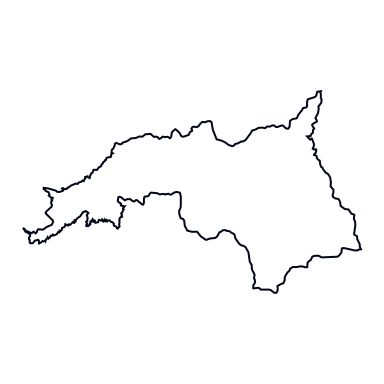 the district of Tadó, Chocó, Colombia
{"feature_id": "7082276B86904559809659", "entity_name": "Tadó", "entity_type": "district", "adm_level": 2, "iso_a3": "COL", "parent_name": "Colombia", "parent_adm1": "Chocó", "projection": "albers", "projection_center": [-76.438, 5.267], "detail": "fine", "context": "isolated", "style": "outline", "palette": "ink", "viewbox_px": 384, "rotation_deg": 0, "n_neighbors": 0, "source": "geoboundaries", "source_scale": "gbopen_adm2", "svg_char_len": 5962}
<svg xmlns="http://www.w3.org/2000/svg" viewBox="0 0 384 384"><path d="M320.9,91.2L317.2,91.8L316.3,95.5L315.0,97.0L307.8,99.3L307.1,101.6L307.0,106.0L306.6,107.1L306.2,107.5L303.1,108.0L301.8,110.4L298.5,114.5L296.7,118.3L292.3,119.2L290.1,120.8L289.5,126.9L288.0,128.8L285.8,128.3L283.2,125.7L281.9,125.4L277.4,127.0L276.0,127.0L274.2,125.5L272.4,125.4L269.6,126.7L267.3,126.4L265.1,128.2L262.3,127.6L258.3,127.9L256.1,129.3L252.0,130.6L250.9,132.9L245.6,140.0L242.7,141.6L241.4,141.4L238.0,143.3L235.2,144.0L233.8,145.6L232.4,146.2L228.9,145.1L225.0,142.3L221.5,140.6L216.6,139.3L212.9,129.9L211.5,122.1L210.1,121.1L207.3,121.3L205.1,122.3L202.5,121.9L201.3,122.6L198.5,126.1L197.1,127.1L193.4,126.7L192.4,127.1L191.4,128.7L192.0,129.8L191.9,131.1L190.2,131.8L188.6,134.9L183.9,136.6L182.6,136.7L181.0,135.8L179.5,132.7L175.5,129.2L173.7,130.4L171.9,132.3L171.2,136.5L170.6,137.8L169.9,138.2L167.7,136.8L164.7,137.1L163.1,136.7L162.5,136.7L160.8,138.3L159.2,138.9L157.4,137.0L155.8,136.6L154.0,136.9L150.7,134.0L149.3,133.9L145.2,134.4L142.4,136.7L139.2,136.5L135.9,138.0L131.0,138.4L127.9,140.7L125.1,142.0L123.6,142.2L122.4,142.9L122.1,143.7L120.1,144.4L116.1,142.9L114.8,143.9L114.8,145.3L113.8,147.4L113.1,148.8L111.9,149.7L111.5,152.5L112.9,153.3L111.0,154.5L111.2,156.4L110.6,157.1L109.0,157.1L106.5,157.9L106.0,159.8L105.3,159.9L104.7,161.3L103.5,161.8L102.5,163.9L101.6,164.3L101.1,166.2L98.8,167.4L97.0,169.9L93.5,169.8L92.6,172.6L91.4,173.2L90.5,175.0L89.6,178.1L87.9,177.2L87.6,176.3L85.1,177.0L85.4,178.6L84.5,179.2L83.7,181.2L82.4,180.6L81.2,181.8L78.9,182.4L77.7,183.9L75.9,183.6L71.0,185.5L68.6,187.4L67.5,187.7L67.4,188.4L66.4,188.9L64.4,189.2L63.4,188.2L62.3,188.2L62.0,188.6L63.1,189.8L63.1,190.6L60.2,191.8L57.5,192.0L56.0,190.7L48.5,188.5L43.7,187.8L43.7,189.1L44.9,189.6L45.6,190.9L48.5,192.2L49.5,194.7L48.8,195.6L51.2,197.7L52.7,197.8L52.6,198.6L51.8,198.9L51.5,199.9L52.1,200.8L51.2,201.6L51.2,203.6L52.0,204.8L51.7,206.6L46.7,211.1L45.6,212.8L45.7,213.4L52.8,220.4L53.1,222.0L51.7,224.8L47.0,226.8L43.1,229.6L38.2,229.3L37.4,230.4L36.7,232.3L35.5,233.4L33.8,231.7L33.3,231.7L31.9,233.1L29.3,232.3L27.6,231.3L26.1,231.3L25.1,229.5L23.0,227.8L25.5,231.8L28.5,233.1L30.3,235.0L30.0,236.4L29.1,237.3L28.9,239.2L29.8,240.0L29.6,240.9L29.9,242.9L30.8,243.3L32.9,243.1L34.8,240.7L37.9,239.8L38.8,240.5L39.1,243.4L41.3,242.3L42.4,241.1L43.4,241.4L45.0,240.6L45.4,241.3L45.9,239.6L47.4,238.1L47.6,237.4L48.3,238.5L48.6,238.0L49.8,237.7L49.8,236.8L51.1,235.5L51.9,235.9L52.9,234.6L53.6,235.4L54.7,235.2L56.8,234.1L58.1,232.1L59.4,232.4L59.6,230.6L60.4,231.0L61.4,230.4L62.0,229.4L61.9,228.0L64.1,227.2L65.2,225.7L65.4,224.2L67.9,225.6L68.8,224.3L70.0,225.0L73.0,221.9L73.3,222.6L74.2,222.9L74.4,222.4L75.5,221.7L74.8,220.2L75.8,220.1L77.3,218.2L80.0,216.5L83.2,211.9L84.1,211.9L85.7,211.0L88.4,213.0L86.8,215.1L87.7,218.2L87.3,219.2L87.3,221.0L86.1,221.7L87.3,224.1L86.6,224.3L86.1,225.7L86.3,226.1L88.2,226.2L90.2,224.4L90.4,224.0L89.9,223.3L90.4,222.7L90.4,221.7L92.2,221.6L91.6,220.6L92.3,220.5L92.7,219.2L93.5,220.2L94.9,220.7L94.9,221.3L94.0,221.9L95.4,222.8L98.1,222.2L98.9,219.9L100.7,220.5L101.5,220.2L102.1,219.3L102.6,219.7L102.6,221.0L103.2,221.5L103.8,220.6L104.8,221.2L105.0,219.9L105.5,220.6L105.9,220.2L106.5,220.8L106.6,220.3L107.4,221.1L107.7,220.4L109.9,220.5L110.8,221.8L112.7,222.3L114.0,224.0L113.7,224.9L114.0,225.7L116.4,226.7L117.0,228.4L117.6,228.6L119.6,226.4L119.1,224.5L119.6,221.9L119.2,220.5L119.6,219.6L119.4,218.8L120.6,217.2L122.0,216.8L121.4,216.0L122.0,214.5L121.2,213.4L122.8,211.5L122.9,210.3L123.7,209.6L123.0,208.5L124.5,206.5L123.3,206.8L123.1,206.0L121.1,205.6L120.7,205.2L121.0,203.6L118.3,201.9L117.8,200.4L118.4,197.1L119.5,196.8L121.1,197.3L124.8,200.3L127.3,199.1L130.2,199.1L132.5,201.0L134.2,201.5L135.9,200.1L136.9,200.1L142.2,204.5L143.3,204.5L143.9,202.7L143.9,198.8L144.5,196.7L147.6,196.3L149.0,195.4L149.7,193.7L151.0,192.6L157.6,193.3L159.5,194.4L163.8,193.9L165.4,194.5L166.6,193.9L167.8,194.0L168.5,193.7L169.6,194.4L171.1,194.6L174.3,192.5L176.7,191.9L179.9,192.7L180.8,196.5L180.8,205.3L180.6,207.6L179.1,211.0L179.4,214.3L180.7,218.2L183.1,219.0L184.2,220.7L184.8,225.9L187.3,230.6L191.9,231.8L197.1,231.7L200.7,236.3L205.6,239.7L206.5,239.8L209.9,238.5L215.2,238.0L217.2,236.4L219.5,232.2L220.7,231.9L223.0,230.2L225.6,230.1L226.7,230.9L229.3,231.1L232.0,233.1L233.9,233.9L234.6,235.0L235.4,238.4L239.4,244.0L241.1,245.2L244.0,246.1L245.6,247.2L248.5,252.5L249.7,261.5L251.7,265.2L251.8,268.4L252.4,270.4L254.6,274.6L254.0,278.4L254.9,280.0L255.0,282.6L253.2,285.5L253.3,288.3L258.7,287.8L260.8,289.6L269.2,289.6L271.1,290.3L274.3,292.8L276.3,292.8L277.4,291.1L277.7,289.7L277.5,286.0L282.0,283.5L283.3,283.4L284.7,280.2L284.7,277.6L285.4,275.8L287.5,272.4L289.5,270.7L290.0,268.8L292.7,267.1L297.2,267.0L299.0,266.5L302.3,266.4L304.7,267.2L307.2,267.2L307.6,262.7L308.9,261.2L310.7,260.1L312.3,256.7L314.1,255.9L318.4,255.7L321.9,257.4L337.6,256.7L339.1,255.5L341.4,252.6L341.8,248.9L342.4,248.1L344.9,248.2L354.9,250.5L357.3,250.4L359.0,249.5L361.0,249.3L359.8,246.8L359.7,244.2L357.1,238.8L357.2,236.8L356.9,236.1L354.4,234.8L354.1,233.9L355.3,225.6L355.1,221.8L353.8,218.5L354.4,215.2L354.1,214.6L351.4,213.7L348.5,209.5L344.8,209.0L340.7,206.0L340.0,201.7L338.5,199.0L335.2,198.4L332.9,196.8L332.6,195.3L333.5,192.2L333.4,189.7L330.6,186.4L330.9,182.1L330.2,177.6L328.7,174.9L327.2,173.4L325.7,172.7L323.0,169.1L322.4,167.5L321.1,166.8L320.2,164.4L319.7,160.6L317.9,159.5L316.8,157.8L316.8,156.4L315.9,155.5L314.0,154.9L314.0,154.5L315.0,153.7L316.0,152.1L316.2,149.6L315.6,149.2L313.7,149.5L312.7,148.6L313.7,146.6L314.0,144.1L312.0,138.7L311.4,138.5L310.5,139.6L310.0,139.6L307.1,136.4L310.6,136.0L311.2,134.2L312.8,132.9L313.1,129.8L314.2,128.5L312.5,126.1L312.1,124.8L313.4,123.5L316.9,121.6L316.8,120.4L315.4,118.1L318.0,113.2L318.7,108.8L318.4,106.6L321.3,102.7L321.6,99.4L320.8,98.1L320.9,94.6L320.4,92.6L320.9,91.2Z" fill="none" stroke="#020617" stroke-width="2"/></svg>